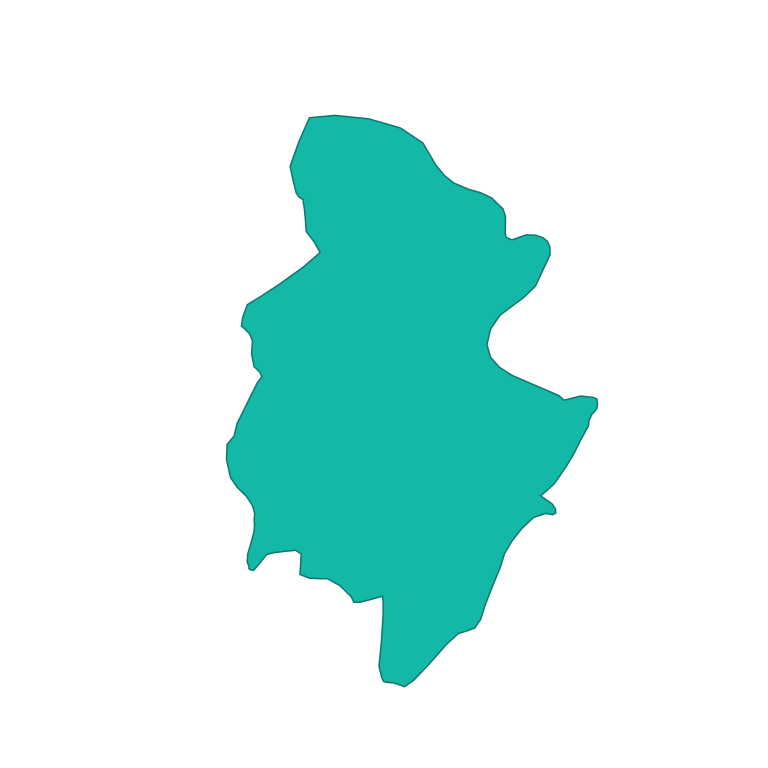 outline of Northern, rotated 56°
{"feature_id": "RWA-3494", "entity_name": "Northern", "entity_type": "Province", "adm_level": 1, "iso_a3": "RWA", "parent_name": "Rwanda", "parent_adm1": "", "projection": "natural_earth1", "projection_center": [29.92, -1.616], "detail": "fine", "context": "isolated", "style": "filled", "palette": "teal", "viewbox_px": 768, "rotation_deg": 56, "n_neighbors": 0, "source": "natural_earth", "source_scale": "10m", "svg_char_len": 1910}
<svg xmlns="http://www.w3.org/2000/svg" viewBox="0 0 768 768"><g transform="rotate(56 384 384)"><path d="M421.2,280.7L434.6,279.0L448.5,273.0L491.6,245.4L498.1,243.8L503.9,227.8L512.2,218.0L515.5,215.9L518.1,217.5L520.0,218.1L523.5,221.4L525.5,228.8L529.0,234.4L533.2,238.2L541.2,253.7L548.2,266.0L553.8,278.0L559.3,291.8L561.9,298.7L563.6,310.0L564.0,316.7L569.7,314.7L577.3,311.7L583.5,311.7L587.0,313.8L586.7,317.2L581.7,322.4L578.3,334.7L581.0,351.2L585.9,366.1L592.1,379.1L600.4,389.2L611.9,406.5L624.2,424.2L633.3,435.6L637.0,445.4L634.9,453.9L632.4,462.0L634.7,477.4L641.3,502.6L646.2,525.1L646.4,536.3L642.8,538.8L637.3,543.1L632.8,548.6L630.3,550.7L625.7,549.9L615.3,546.0L595.5,529.7L574.6,513.6L564.1,506.5L559.1,503.9L555.9,513.5L551.5,526.0L548.0,531.1L542.0,530.1L526.5,533.3L513.6,539.9L510.1,545.3L503.2,554.5L494.9,560.2L487.1,554.1L478.6,547.7L472.5,550.2L467.7,559.0L462.5,569.1L459.7,576.5L463.2,587.6L465.6,596.4L463.3,598.6L461.6,599.3L459.9,598.0L454.9,596.9L448.7,592.0L442.6,584.5L437.5,578.5L433.5,574.1L428.8,570.4L423.7,567.4L419.4,563.8L411.7,561.1L400.6,560.8L388.0,563.4L375.8,563.6L358.5,556.8L346.4,547.9L343.3,537.4L334.4,527.6L326.9,514.3L318.5,499.7L312.0,488.0L309.7,481.2L304.8,480.3L296.9,482.0L285.0,476.9L274.6,468.9L267.5,467.4L260.2,468.6L256.5,469.9L249.7,463.9L241.8,452.9L242.5,436.9L242.8,415.7L241.9,385.6L239.3,363.4L226.8,362.4L214.0,363.2L202.3,356.4L192.0,350.9L188.6,349.6L186.1,347.9L181.9,349.8L176.7,350.0L164.7,345.6L151.0,340.1L135.7,319.3L124.4,301.5L121.6,296.9L133.8,274.6L155.7,248.3L181.0,227.2L205.9,217.0L231.4,218.6L244.7,217.4L256.5,213.7L269.6,205.2L279.4,197.0L290.0,190.7L305.4,187.5L312.9,189.5L326.4,198.9L330.8,200.8L336.1,197.2L339.9,182.7L345.6,174.8L351.5,170.6L357.0,168.7L362.6,169.7L369.6,173.8L387.5,203.7L390.3,219.1L391.8,249.3L398.0,264.8L408.8,276.6L421.2,280.7Z" fill="#14b8a6" stroke="#0f766e" stroke-width="1.5"/></g></svg>